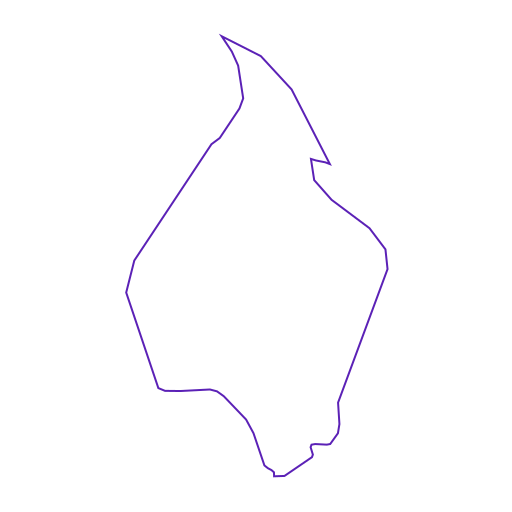 SVG path tracing the border of Isle of Wight, rotated 88°
{"feature_id": "GBR-2758", "entity_name": "Isle of Wight", "entity_type": "Unitary Authority", "adm_level": 1, "iso_a3": "GBR", "parent_name": "United Kingdom", "parent_adm1": "", "projection": "albers", "projection_center": [-1.252, 50.678], "detail": "fine", "context": "isolated", "style": "outline", "palette": "violet", "viewbox_px": 512, "rotation_deg": 88, "n_neighbors": 0, "source": "natural_earth", "source_scale": "10m", "svg_char_len": 699}
<svg xmlns="http://www.w3.org/2000/svg" viewBox="0 0 512 512"><g transform="rotate(88 256 256)"><path d="M459.0,207.1L476.8,235.2L476.8,245.6L472.8,245.6L470.5,248.0L468.5,251.5L465.6,254.9L433.0,264.7L419.1,271.6L395.0,293.1L389.9,299.7L387.8,306.7L388.3,336.3L387.6,351.6L384.6,358.2L288.0,387.0L256.3,377.8L142.7,296.6L136.8,288.1L108.0,267.4L98.0,263.3L65.1,267.2L50.9,273.0L35.2,282.6L56.4,244.2L90.8,214.6L166.7,179.0L164.8,183.5L162.6,192.8L160.9,197.7L182.2,195.2L202.5,178.5L232.2,141.6L253.9,126.4L273.7,125.0L405.4,179.1L426.9,178.5L436.0,180.3L446.5,188.4L447.0,191.8L446.0,203.4L446.5,207.1L449.0,208.1L456.5,206.1L459.0,207.1Z" fill="none" stroke="#5b21b6" stroke-width="2"/></g></svg>